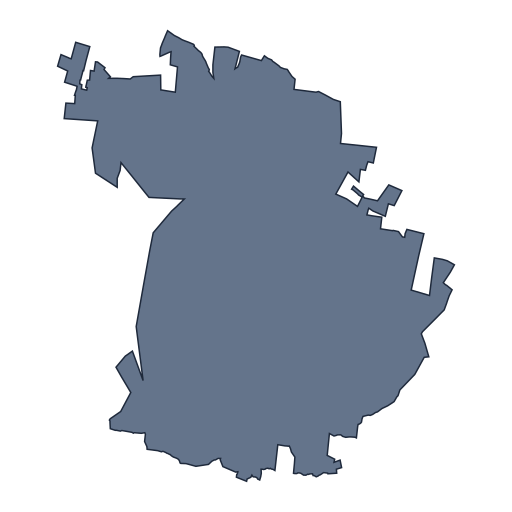 outline of Tecoh, Yucatán, Mexico
{"feature_id": "50627088B87293297593146", "entity_name": "Tecoh", "entity_type": "district", "adm_level": 2, "iso_a3": "MEX", "parent_name": "Mexico", "parent_adm1": "Yucatán", "projection": "robinson", "projection_center": [-89.462, 20.666], "detail": "fine", "context": "isolated", "style": "filled", "palette": "slate", "viewbox_px": 512, "rotation_deg": 0, "n_neighbors": 0, "source": "geoboundaries", "source_scale": "gbopen_adm2", "svg_char_len": 4873}
<svg xmlns="http://www.w3.org/2000/svg" viewBox="0 0 512 512"><path d="M262.2,469.2L263.5,469.5L265.1,469.2L265.7,468.6L267.7,468.2L268.2,468.3L269.1,468.8L270.4,468.3L271.2,469.0L272.9,469.3L274.9,470.5L277.8,444.7L285.0,445.9L286.8,446.0L288.6,446.2L289.2,446.0L289.3,446.0L290.5,448.7L291.4,452.0L294.9,457.1L294.8,458.2L294.4,463.7L293.5,473.3L294.1,473.5L296.3,473.6L296.9,473.5L297.8,472.9L299.2,472.9L300.9,473.3L301.4,473.7L301.9,474.0L303.5,475.1L305.9,475.2L307.7,474.2L308.6,474.4L309.8,473.9L312.5,473.8L313.1,475.6L314.2,475.6L316.2,476.8L318.0,476.1L319.1,475.2L320.1,474.9L323.6,472.6L327.7,473.1L327.9,473.8L336.7,473.2L336.4,469.2L341.6,467.6L340.1,460.1L334.0,462.3L334.7,459.2L327.2,455.4L329.4,433.5L334.0,436.0L336.0,435.5L337.4,434.9L340.7,434.8L342.7,436.4L345.7,437.3L349.3,436.9L350.6,436.9L354.9,437.2L356.4,437.9L357.3,429.7L357.7,426.3L358.1,424.4L359.4,424.0L360.7,423.1L361.5,422.1L362.0,419.0L362.0,418.9L363.0,416.4L366.6,415.5L368.2,415.1L370.3,415.4L372.7,414.4L375.5,412.5L377.5,411.9L382.0,408.5L387.7,405.8L394.1,401.6L396.8,396.9L398.0,395.7L399.9,389.9L414.8,374.4L424.2,357.3L428.8,356.8L424.9,343.3L421.3,333.8L422.5,331.7L432.5,321.7L441.0,313.1L444.1,310.0L444.5,309.1L444.8,308.2L446.6,303.3L447.2,301.4L449.2,295.7L452.1,289.8L446.6,285.3L445.4,284.7L443.3,282.7L450.3,272.2L454.4,264.8L447.3,260.8L442.6,259.4L434.3,257.9L431.7,277.5L429.5,295.5L411.2,290.1L415.0,272.6L418.7,255.7L423.9,233.7L406.9,229.4L405.1,233.7L404.7,237.3L402.4,236.9L398.5,231.6L393.1,230.4L392.7,230.7L380.5,228.8L381.8,217.2L372.0,215.8L366.9,214.9L368.2,209.7L368.8,208.2L373.1,211.1L385.3,216.3L388.4,203.8L394.2,205.6L401.9,190.6L388.8,184.9L377.5,200.8L370.1,199.1L366.3,198.3L364.5,198.0L362.7,196.0L363.6,194.5L361.2,192.6L353.5,186.1L351.6,189.2L353.0,189.9L357.6,193.8L358.6,195.0L359.5,195.5L360.0,195.8L362.1,197.2L360.9,199.7L357.5,206.4L346.6,198.9L335.8,194.1L342.7,181.6L348.0,172.0L358.9,181.9L360.4,169.4L365.4,170.3L366.7,165.2L368.0,161.7L373.3,163.0L376.5,147.3L357.9,145.3L340.5,143.5L341.5,133.5L340.3,101.7L333.3,99.4L325.3,95.0L318.5,91.5L316.0,92.2L294.0,89.4L295.1,79.2L292.0,76.5L288.5,71.4L288.5,71.2L287.2,69.4L284.1,68.8L280.4,67.4L279.0,65.9L273.9,62.1L272.8,61.5L271.6,59.9L267.8,58.3L264.4,55.8L261.4,60.6L241.6,55.0L240.7,56.9L240.6,57.3L239.9,61.4L239.4,63.1L237.6,67.3L236.2,67.9L236.1,68.0L235.0,68.8L239.4,51.4L228.1,47.2L224.1,46.9L214.9,47.1L212.9,64.8L212.9,72.2L213.8,78.4L212.0,76.4L209.1,71.8L208.7,71.5L208.8,71.3L209.3,69.7L209.0,69.0L208.3,67.9L207.3,65.5L206.3,63.2L205.8,61.7L205.1,60.4L204.2,59.0L202.5,56.1L202.3,55.1L202.0,54.2L201.7,53.6L200.8,52.5L199.3,51.2L198.6,50.8L196.1,48.3L194.0,46.3L194.3,45.4L193.8,44.6L193.5,44.3L188.8,42.3L185.8,41.2L184.2,40.6L182.0,39.7L178.7,37.7L174.3,35.5L167.6,30.7L165.3,36.0L164.4,38.3L163.6,40.1L162.1,43.6L161.8,44.6L160.5,47.9L159.9,54.2L159.9,55.1L160.0,56.4L161.3,55.9L169.5,52.2L171.1,51.7L170.9,53.7L170.6,58.1L170.3,64.8L177.5,66.9L175.3,92.2L160.8,89.9L160.6,75.1L133.2,76.7L130.2,79.0L124.3,78.6L122.1,78.5L117.4,78.3L113.1,78.3L108.6,78.4L110.4,76.8L109.1,75.3L104.0,69.5L105.0,67.7L97.6,62.0L95.5,61.8L94.1,71.1L90.5,70.5L89.6,80.1L87.3,80.2L86.4,84.4L86.0,86.3L85.9,86.3L85.8,87.3L87.2,87.7L86.8,89.9L86.7,90.2L81.4,88.9L81.8,84.7L81.5,84.6L79.7,83.8L80.0,80.1L80.7,79.9L80.7,79.5L81.0,78.4L81.8,75.2L82.1,74.2L83.0,70.5L83.6,70.7L86.0,60.7L89.8,46.6L75.7,42.3L71.2,58.8L69.2,58.2L68.8,57.9L61.0,54.6L57.6,66.2L67.7,71.0L64.6,82.2L75.4,85.7L77.1,86.3L77.1,86.5L76.5,89.2L76.5,89.7L76.4,89.7L75.8,91.3L74.5,95.3L75.3,95.4L74.7,103.6L65.9,103.1L64.2,118.6L96.7,120.8L97.7,120.9L92.1,147.9L95.5,173.2L117.2,187.3L117.2,178.3L120.1,170.5L121.0,162.6L130.2,174.0L144.7,192.1L149.0,197.4L179.6,198.9L179.8,198.9L184.3,199.0L177.3,205.8L177.2,206.0L171.6,211.1L153.2,232.8L149.7,250.8L143.6,284.7L141.1,298.8L136.2,326.5L137.8,339.3L143.1,380.6L132.4,351.1L125.3,356.1L116.0,367.2L121.4,376.7L130.8,392.5L120.7,411.5L110.3,418.7L109.6,419.6L109.4,420.2L110.0,421.0L110.0,422.5L110.3,428.7L115.2,430.3L116.5,430.3L120.5,431.1L121.8,430.5L131.9,432.3L133.4,433.2L134.2,432.7L141.4,433.3L144.8,432.7L145.4,434.2L144.6,441.5L146.9,446.6L147.1,449.3L151.2,449.8L157.9,450.7L158.8,451.0L161.4,451.8L162.4,451.4L163.6,451.5L166.3,452.8L167.0,453.3L168.2,453.6L169.4,454.4L170.2,454.5L171.3,455.7L173.3,457.0L176.8,458.3L178.4,459.3L178.7,459.8L179.3,460.5L180.1,463.0L180.7,463.4L185.8,463.6L186.8,463.8L192.6,465.4L195.9,466.3L208.5,464.4L211.9,461.2L214.2,460.0L215.5,459.9L218.1,458.4L220.6,458.4L220.2,459.8L222.9,466.6L235.7,472.1L237.9,471.7L237.9,471.8L237.1,474.3L236.7,474.6L236.4,477.2L246.6,481.3L247.1,479.0L250.8,477.3L251.9,475.1L252.9,476.6L253.6,476.9L254.3,476.9L255.4,477.0L256.7,477.6L257.3,478.3L257.7,479.1L258.5,479.4L259.7,480.0L260.7,476.7L261.3,473.3L261.1,469.2L262.2,469.2Z" fill="#64748b" stroke="#1e293b" stroke-width="1.5"/></svg>